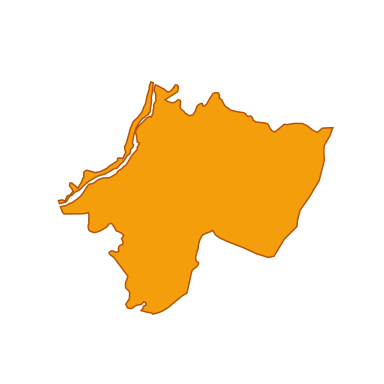 outline of Markz Samalut, Al Minya, Egypt, rotated 214°
{"feature_id": "37247803B46419468197970", "entity_name": "Markz Samalut", "entity_type": "district", "adm_level": 2, "iso_a3": "EGY", "parent_name": "Egypt", "parent_adm1": "Al Minya", "projection": "orthographic", "projection_center": [30.711, 28.284], "detail": "fine", "context": "isolated", "style": "filled", "palette": "amber", "viewbox_px": 384, "rotation_deg": 214, "n_neighbors": 0, "source": "geoboundaries", "source_scale": "gbopen_adm2", "svg_char_len": 5722}
<svg xmlns="http://www.w3.org/2000/svg" viewBox="0 0 384 384"><g transform="rotate(214 192 192)"><path d="M282.3,260.4L281.8,258.3L280.6,255.9L279.9,254.6L277.6,253.7L275.4,250.9L274.5,249.2L273.2,248.2L272.8,246.4L272.9,244.6L272.1,242.1L270.9,240.5L270.0,238.1L268.5,235.7L267.8,232.4L267.7,231.3L267.7,231.2L269.6,230.8L270.8,228.1L273.1,216.5L272.7,210.4L269.3,207.4L265.2,202.7L262.9,203.2L262.7,201.5L262.5,199.2L262.4,198.2L261.7,197.6L261.2,195.9L261.8,192.7L262.0,190.8L262.2,187.4L262.2,186.4L262.0,183.0L261.8,180.5L261.7,178.5L261.9,177.2L262.8,174.6L263.6,171.1L263.6,170.9L264.8,168.9L265.0,167.1L264.9,165.0L265.3,164.0L266.6,161.4L267.6,159.1L268.5,157.5L270.0,156.5L272.3,154.7L274.0,153.4L275.2,151.7L276.8,149.4L277.7,146.9L278.3,144.9L279.1,143.4L279.9,142.7L281.4,141.0L281.9,139.3L281.9,138.7L282.0,135.9L281.9,133.6L281.8,130.4L281.9,127.7L282.0,126.4L282.5,124.6L283.1,122.2L284.2,119.4L285.4,116.0L287.1,114.1L288.1,111.6L289.3,109.6L291.6,107.7L292.9,106.2L290.9,104.9L289.5,103.9L289.1,103.5L287.5,102.6L285.7,102.3L284.1,103.4L271.2,112.3L269.9,113.2L269.4,113.7L268.9,114.2L267.9,115.4L266.5,117.0L264.0,114.6L263.1,112.9L261.8,110.8L260.1,108.8L259.2,105.9L257.5,103.8L255.8,102.6L254.1,102.6L252.5,103.1L250.4,103.6L248.8,105.3L248.3,105.8L246.8,107.8L245.2,110.8L244.0,113.4L242.8,116.3L243.3,118.4L242.2,119.8L241.2,121.0L240.8,121.0L237.9,119.8L235.3,118.6L232.8,117.4L231.6,117.9L228.7,118.3L227.0,118.4L224.1,117.6L224.1,117.0L224.1,116.4L224.4,113.8L223.2,113.4L221.9,112.6L220.6,111.0L220.2,109.7L221.0,108.9L221.8,107.6L222.1,105.9L221.3,103.8L219.6,102.2L220.4,100.5L221.6,99.2L224.1,99.1L225.7,98.3L226.5,97.0L226.8,95.6L226.9,95.3L225.6,94.5L223.6,94.1L221.9,94.2L219.4,93.8L217.3,93.1L202.8,88.0L200.0,87.0L198.0,86.3L197.0,82.6L196.6,80.5L195.7,78.4L193.5,75.5L191.9,75.1L189.4,74.8L188.3,74.3L187.7,74.0L185.5,70.7L184.2,68.2L184.2,66.5L184.2,66.2L184.2,65.9L184.1,61.9L180.7,59.9L178.2,60.8L177.4,61.2L175.8,63.8L175.8,65.0L174.6,67.1L173.4,68.4L171.3,70.2L171.0,71.4L170.6,74.0L169.4,74.4L167.3,73.6L167.2,71.9L168.4,70.2L167.6,68.2L167.9,65.2L161.3,67.5L158.0,69.2L156.2,68.8L153.9,71.4L151.5,74.4L149.9,77.0L147.6,81.7L147.5,82.1L146.7,84.2L145.5,88.8L144.0,93.9L143.2,96.5L142.1,100.3L139.7,105.4L147.7,125.7L148.1,127.8L147.9,128.4L147.7,129.1L146.5,131.6L146.2,134.2L146.7,136.7L147.9,137.1L149.2,137.0L151.3,138.3L152.6,140.3L153.4,142.4L154.3,144.9L155.3,148.7L157.4,152.4L158.8,157.0L159.3,162.0L157.7,165.0L154.9,168.8L153.3,171.8L148.6,169.6L143.2,169.4L133.0,171.2L117.7,174.7L104.0,176.9L92.2,180.4L88.1,184.6L89.1,204.6L85.7,222.0L89.0,228.2L92.2,237.5L92.1,242.7L91.9,252.4L92.9,272.3L98.8,288.9L100.7,293.3L105.1,298.8L107.0,302.0L108.3,304.3L109.1,315.5L111.2,324.1L119.7,317.8L121.4,311.5L126.4,310.8L133.2,311.3L138.7,310.6L145.5,306.1L150.9,301.0L153.4,299.7L156.8,288.1L157.3,288.0L157.6,288.0L159.3,287.6L160.1,287.5L162.2,288.3L163.5,288.7L166.0,290.3L168.1,290.7L170.6,289.8L174.7,287.6L178.4,285.8L181.7,285.8L183.4,287.4L186.0,287.8L187.6,286.0L189.7,286.0L191.3,286.8L193.4,286.7L198.8,284.1L199.4,283.9L205.8,281.4L209.1,281.7L212.5,281.7L213.1,281.9L215.8,283.3L217.1,284.1L218.0,284.5L218.8,284.9L220.9,285.2L222.1,285.2L223.0,287.3L224.3,288.1L225.5,288.9L227.6,287.8L228.0,287.6L228.8,286.7L229.7,285.0L229.6,282.9L229.5,280.4L229.4,276.6L228.9,273.3L229.7,270.3L230.9,269.5L231.8,270.3L233.0,271.1L234.3,270.2L235.5,267.7L235.8,266.0L235.4,264.3L234.4,260.1L234.4,257.2L234.4,256.4L236.8,253.8L237.2,253.8L242.2,253.6L243.9,254.4L246.4,254.4L249.3,255.6L249.6,256.0L250.6,258.1L251.9,260.6L253.6,261.4L254.9,260.9L255.3,260.1L255.5,259.3L256.0,257.9L256.4,257.1L257.2,255.8L257.7,255.4L260.1,254.1L260.5,254.0L262.2,253.6L264.3,253.5L265.9,253.5L260.0,267.1L260.9,269.2L262.2,271.6L263.9,272.4L265.5,271.6L265.9,270.7L265.5,268.6L265.8,267.4L265.8,265.7L266.2,263.6L267.0,262.3L267.8,261.4L269.5,261.4L273.2,261.7L275.3,261.3L276.1,261.2L277.7,261.2L281.4,260.6L282.2,260.4L282.3,260.4ZM287.6,260.4L286.9,256.7L285.0,253.1L282.8,246.1L281.4,242.8L280.0,239.4L279.3,234.7L278.2,230.6L278.7,223.3L280.1,217.6L278.5,209.6L276.7,204.7L273.6,195.2L273.2,191.7L270.5,188.9L269.2,188.0L268.8,185.4L268.6,183.9L268.3,182.6L268.2,181.0L271.5,179.6L272.5,178.2L271.2,176.1L274.9,167.6L275.9,163.8L279.6,157.3L282.0,155.1L283.4,153.8L286.2,153.1L289.1,151.9L291.5,151.2L292.6,149.2L292.6,147.3L291.2,145.6L290.1,144.2L290.1,142.9L289.8,140.8L289.2,138.7L289.0,135.2L289.0,133.2L288.5,131.3L291.5,131.7L296.7,132.2L296.9,132.1L298.1,131.4L298.3,131.2L297.1,128.8L296.9,128.6L293.4,127.4L291.0,126.2L291.4,121.6L293.3,118.5L292.9,117.1L292.3,114.2L292.4,113.3L293.3,113.3L295.0,113.0L298.0,110.2L295.3,108.2L293.0,110.8L291.2,112.8L290.7,114.6L290.7,115.2L290.9,116.7L291.0,118.5L290.7,120.5L289.6,122.8L289.3,124.4L289.0,126.2L288.4,127.6L287.6,128.6L287.1,129.6L286.3,131.3L285.9,132.7L285.7,135.2L284.4,140.0L283.3,143.8L282.4,145.5L280.7,149.2L278.7,152.9L276.9,155.0L276.5,155.5L274.9,157.4L274.0,158.4L273.7,159.4L273.2,160.4L272.0,162.5L271.0,164.5L269.8,167.2L269.2,168.4L267.6,169.5L267.4,170.6L267.0,172.9L267.0,174.7L266.8,175.8L266.2,177.2L265.9,178.9L266.0,184.8L265.9,186.4L265.4,187.3L265.1,188.1L265.0,188.9L265.3,190.8L266.6,192.4L266.3,195.3L266.2,196.5L266.6,198.3L267.6,198.6L268.6,199.4L269.6,200.7L270.4,202.8L271.7,205.9L273.2,210.4L273.8,212.6L274.4,215.4L274.5,220.3L274.5,222.2L274.0,225.6L273.1,227.2L272.4,230.2L271.8,231.2L271.6,232.6L271.9,233.1L272.1,233.4L272.1,233.7L271.6,234.6L273.0,237.6L274.7,241.3L276.6,245.0L276.8,245.3L277.1,245.7L278.6,247.6L279.3,249.3L280.2,251.3L280.8,252.6L281.3,253.6L282.2,255.2L282.9,256.4L283.6,257.8L285.3,261.0L287.6,260.4Z" fill="#f59e0b" stroke="#b45309" stroke-width="1.5"/></g></svg>